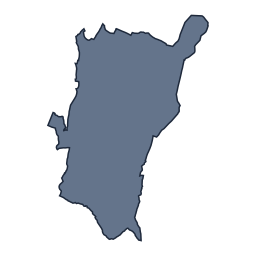 Bradesti, Harghita, Romania
{"feature_id": "2599482B17231771008992", "entity_name": "Bradesti", "entity_type": "district", "adm_level": 2, "iso_a3": "ROU", "parent_name": "Romania", "parent_adm1": "Harghita", "projection": "mercator", "projection_center": [25.354, 46.351], "detail": "fine", "context": "isolated", "style": "filled", "palette": "slate", "viewbox_px": 256, "rotation_deg": 0, "n_neighbors": 0, "source": "geoboundaries", "source_scale": "gbopen_adm2", "svg_char_len": 5600}
<svg xmlns="http://www.w3.org/2000/svg" viewBox="0 0 256 256"><path d="M141.1,240.6L140.8,233.8L140.4,232.2L139.9,228.8L139.9,228.0L139.5,227.7L138.2,225.8L137.4,224.5L137.4,223.9L137.2,223.0L137.0,222.4L135.6,220.1L134.6,217.1L135.1,216.3L135.2,215.8L135.5,214.3L135.8,213.6L136.4,211.2L136.6,210.7L136.8,209.4L138.4,205.3L138.5,204.0L139.1,203.0L139.7,201.6L139.5,200.6L139.1,199.8L139.0,197.8L138.6,196.6L138.6,195.8L139.5,195.3L140.3,195.0L140.8,194.8L140.9,194.7L141.1,194.0L141.2,193.1L140.8,191.3L141.1,190.9L141.4,189.8L141.9,188.3L141.7,188.2L141.8,187.4L142.5,186.3L142.4,186.1L142.0,185.1L142.3,179.5L142.8,178.9L143.4,175.5L142.4,175.4L141.6,175.3L139.8,175.9L139.9,175.4L140.5,172.6L140.7,172.2L141.4,171.2L142.1,170.5L142.3,169.9L142.1,168.3L141.6,166.2L143.2,164.8L144.2,164.2L144.3,163.3L144.6,162.6L145.6,161.9L145.8,161.4L145.9,161.2L145.5,160.8L145.3,160.6L145.5,159.9L146.0,158.5L146.6,156.2L147.5,153.7L148.4,151.8L149.1,150.2L149.8,148.6L150.5,146.7L151.0,145.4L151.5,143.5L152.3,140.4L153.1,135.9L156.6,137.0L158.6,134.9L159.9,132.7L161.7,130.2L164.0,128.6L168.7,123.6L171.5,121.0L176.3,115.5L177.7,113.9L178.2,112.8L179.0,111.8L179.2,111.1L179.1,107.8L179.6,106.3L180.1,105.7L179.9,105.2L178.9,103.4L177.5,101.3L177.2,99.8L176.9,97.8L176.3,94.3L176.3,94.2L176.7,92.7L177.2,90.6L178.0,86.6L180.0,78.5L181.1,73.7L181.8,70.3L182.4,68.2L183.0,65.1L183.5,62.9L184.1,59.9L184.7,60.1L185.0,59.4L185.2,59.0L185.6,58.6L186.2,58.1L187.0,57.9L187.7,57.6L188.4,57.3L189.7,56.4L194.2,52.8L194.6,52.2L194.8,51.7L194.9,50.4L194.8,48.1L194.6,46.5L194.7,46.3L195.6,44.8L199.9,40.3L201.0,35.8L204.2,33.4L205.7,32.0L206.0,31.5L206.7,30.0L207.2,28.6L208.1,25.8L207.8,25.5L208.0,22.6L205.4,19.4L203.8,17.3L202.8,16.4L202.0,15.9L191.3,15.4L185.0,22.4L180.2,34.5L179.3,38.1L179.1,38.8L178.0,41.0L175.6,43.1L172.7,46.4L171.9,46.2L166.5,45.0L166.0,43.7L160.9,40.7L159.5,40.2L158.4,39.7L155.0,38.5L153.8,37.7L152.8,37.2L151.3,36.0L150.0,34.9L148.5,33.1L146.9,33.0L145.5,33.3L143.4,32.2L142.1,32.2L140.9,32.0L140.0,32.3L139.2,33.0L137.7,33.4L136.6,33.3L136.4,33.3L134.5,33.2L132.3,32.6L130.8,35.3L129.8,34.7L127.1,33.3L124.9,32.3L122.1,31.2L116.7,28.8L116.5,29.2L116.0,29.0L115.8,29.6L115.7,30.2L114.9,31.4L113.9,33.5L111.8,33.2L111.1,33.2L110.3,33.1L108.7,32.2L107.2,31.2L105.6,30.0L105.2,29.4L105.0,28.5L104.8,27.8L104.4,27.2L104.4,26.8L104.6,26.2L104.5,25.7L104.3,25.5L103.8,25.2L103.5,24.5L103.1,24.3L102.8,23.9L101.8,25.6L101.4,26.8L100.8,28.1L100.1,29.0L99.5,30.4L98.4,32.2L97.7,33.1L97.2,33.8L96.6,34.7L96.0,35.6L95.5,36.8L94.9,37.7L94.4,38.4L93.8,39.4L93.0,39.2L91.4,38.6L90.5,39.4L89.7,39.9L89.2,40.2L88.8,40.2L87.9,40.0L86.9,39.5L85.5,38.3L84.7,37.3L84.1,36.0L83.4,32.1L83.9,31.6L84.9,30.9L84.3,29.7L83.9,28.8L83.1,29.5L82.2,30.2L82.1,30.5L81.8,30.7L81.6,30.9L81.3,31.3L80.9,31.6L80.6,32.0L80.3,32.7L80.1,33.1L79.8,33.5L79.5,33.8L79.2,34.0L78.7,34.2L78.2,34.3L77.8,34.6L77.6,35.4L75.9,36.5L76.5,40.1L76.7,41.8L76.3,42.4L76.3,42.7L78.2,46.3L78.4,47.4L78.4,48.4L78.4,49.0L79.0,50.9L79.4,52.4L79.4,54.0L79.3,56.0L79.2,57.1L78.6,59.6L78.6,60.5L77.8,60.4L77.4,62.3L77.1,63.6L75.3,63.4L75.6,64.2L75.8,64.5L76.1,65.7L76.3,66.5L76.5,67.3L76.7,69.1L76.5,70.3L76.4,71.8L76.1,74.9L76.3,76.5L76.3,78.3L76.2,78.8L75.9,79.1L75.6,79.3L75.3,79.3L75.5,81.1L78.7,81.6L78.9,83.6L78.8,85.4L78.7,86.0L78.5,86.8L78.3,87.4L78.0,87.8L77.6,88.3L77.3,88.5L76.6,88.8L76.1,88.8L77.0,91.5L76.7,93.7L76.3,95.2L75.9,96.3L74.6,98.6L70.7,104.9L70.4,105.8L69.5,110.2L69.2,111.2L68.9,114.7L68.7,115.5L68.2,117.7L67.9,119.4L67.6,124.9L67.7,125.5L67.5,126.6L67.0,127.7L67.0,130.2L66.1,130.0L64.8,130.2L63.8,130.7L63.7,130.5L63.8,129.9L64.0,129.6L64.3,129.4L64.5,129.5L64.7,129.2L64.8,129.1L64.7,129.0L64.6,128.8L64.6,128.7L65.2,128.4L65.3,128.3L65.3,128.2L65.5,127.1L65.3,126.4L65.0,125.6L65.0,125.4L64.5,124.3L64.0,123.9L63.8,121.2L63.6,119.9L63.1,118.4L63.1,117.2L62.8,116.6L62.0,116.3L61.3,116.7L59.4,116.7L58.7,116.7L57.7,116.1L56.8,115.3L55.6,115.1L54.8,114.2L55.0,113.5L54.2,112.9L53.1,112.5L47.9,125.4L51.8,127.1L54.3,127.8L55.4,128.2L55.4,128.4L55.4,129.1L56.1,131.1L56.3,132.0L56.3,132.7L56.9,134.5L57.5,135.3L58.2,136.0L58.4,137.1L58.3,138.6L58.5,140.5L58.9,141.9L58.7,144.0L56.9,145.7L56.6,146.2L56.4,147.5L56.8,148.9L57.4,149.6L59.1,148.4L60.2,148.2L63.8,147.8L65.1,147.9L67.7,147.6L69.5,147.7L69.3,149.6L68.9,151.2L68.4,152.9L68.1,154.5L67.8,157.4L67.2,159.1L67.0,160.9L66.7,163.7L66.9,164.5L67.5,165.6L67.6,166.4L67.3,168.2L66.8,170.0L66.3,170.5L65.5,172.4L64.8,173.5L64.5,173.2L64.1,174.2L62.8,176.1L62.1,177.7L61.7,178.0L63.1,181.4L61.7,182.9L60.4,184.0L59.5,185.2L59.1,186.4L59.2,187.9L59.8,189.3L61.0,190.5L61.3,191.2L61.0,192.4L60.6,194.0L59.6,195.8L63.4,197.5L66.1,199.5L66.5,199.6L67.0,200.0L67.6,200.1L68.1,200.9L69.6,201.4L70.3,201.9L71.6,202.4L72.8,203.1L74.2,203.0L75.2,202.5L76.4,203.5L78.2,203.1L80.4,203.9L82.7,204.4L83.9,206.1L85.4,206.3L85.8,205.8L87.1,206.3L87.2,207.6L88.9,208.2L91.1,210.7L92.5,211.9L92.5,213.2L92.8,213.9L94.9,215.8L95.7,216.6L95.1,217.5L95.8,218.9L96.9,220.0L97.3,220.9L97.4,221.9L97.7,222.6L98.5,223.8L101.3,228.0L102.4,230.1L102.5,231.7L102.8,232.8L103.9,234.6L106.1,235.9L106.8,237.1L108.3,238.4L108.9,239.0L109.8,239.3L111.3,238.7L112.6,239.0L113.2,239.2L115.7,237.8L116.6,236.9L117.6,236.5L119.0,235.5L119.7,235.1L120.0,235.0L122.4,232.3L123.1,231.6L124.5,231.0L125.2,230.0L125.8,229.5L126.9,228.5L127.9,228.2L129.2,229.6L130.0,230.2L130.6,230.3L131.2,230.6L132.4,231.3L133.0,231.7L133.4,232.3L134.1,233.0L134.4,233.3L135.1,234.4L135.2,234.7L135.3,235.6L136.1,236.5L136.8,237.8L138.0,239.1L138.6,240.0L141.1,240.6Z" fill="#64748b" stroke="#1e293b" stroke-width="1.5"/></svg>